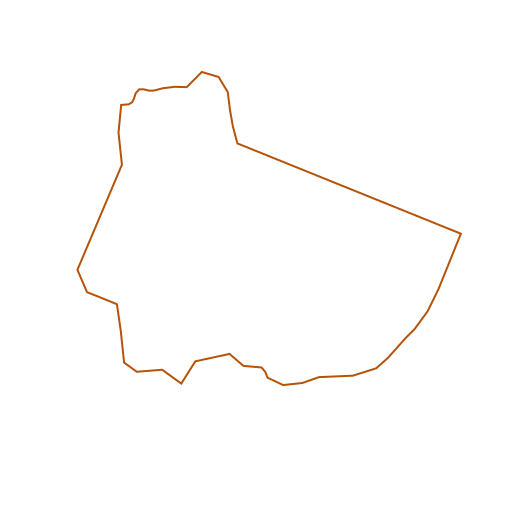 outline of Masaka, rotated 292°
{"feature_id": "UGA-3362", "entity_name": "Masaka", "entity_type": "District", "adm_level": 1, "iso_a3": "UGA", "parent_name": "Uganda", "parent_adm1": "", "projection": "orthographic", "projection_center": [31.848, -0.502], "detail": "fine", "context": "isolated", "style": "outline", "palette": "amber", "viewbox_px": 512, "rotation_deg": 292, "n_neighbors": 0, "source": "natural_earth", "source_scale": "10m", "svg_char_len": 706}
<svg xmlns="http://www.w3.org/2000/svg" viewBox="0 0 512 512"><g transform="rotate(292 256 256)"><path d="M293.6,437.6L269.0,435.8L247.9,430.5L235.6,425.3L211.0,416.5L196.9,409.5L181.3,390.6L167.3,359.8L155.6,346.5L146.5,329.5L147.5,312.3L152.1,307.9L154.7,302.9L149.4,285.5L155.3,268.1L135.6,239.2L109.7,234.5L115.4,211.7L104.0,188.8L107.8,173.6L136.4,158.4L159.2,145.1L159.2,112.8L176.3,95.6L290.4,97.5L318.9,82.3L345.6,74.4L348.9,81.1L352.2,83.6L356.1,83.9L361.8,83.5L366.8,85.3L368.5,89.6L369.2,94.8L371.1,99.3L376.6,106.7L382.4,117.2L386.6,128.5L406.3,136.8L408.0,154.3L397.4,168.4L381.6,177.2L367.5,186.0L353.4,196.6L353.4,437.6L293.6,437.6Z" fill="none" stroke="#b45309" stroke-width="2"/></g></svg>